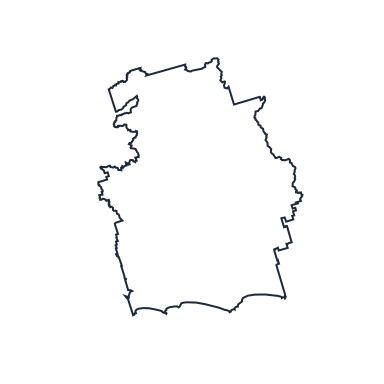 outline of Port Macquarie-Hastings, New South Wales, Australia, rotated 64°
{"feature_id": "25037944B90970778714828", "entity_name": "Port Macquarie-Hastings", "entity_type": "district", "adm_level": 2, "iso_a3": "AUS", "parent_name": "Australia", "parent_adm1": "New South Wales", "projection": "mercator", "projection_center": [152.45, -31.421], "detail": "fine", "context": "isolated", "style": "outline", "palette": "slate", "viewbox_px": 384, "rotation_deg": 64, "n_neighbors": 0, "source": "geoboundaries", "source_scale": "gbopen_adm2", "svg_char_len": 5988}
<svg xmlns="http://www.w3.org/2000/svg" viewBox="0 0 384 384"><g transform="rotate(64 192 192)"><path d="M141.6,86.0L140.3,86.1L139.5,85.2L138.2,85.1L137.8,85.8L139.8,88.6L139.6,90.0L136.8,89.3L136.7,89.7L136.1,89.7L131.8,115.9L113.4,113.0L114.3,115.2L112.5,117.0L109.9,116.4L109.0,115.1L107.3,114.0L106.9,114.3L106.7,116.7L104.1,117.6L102.3,115.6L100.9,115.6L100.0,114.0L98.8,114.1L97.1,112.6L90.9,114.7L89.8,114.2L88.5,111.6L86.8,111.6L86.4,110.9L85.4,111.0L84.5,110.1L82.9,110.7L81.4,114.2L81.8,116.5L83.1,116.9L83.5,118.1L83.1,120.2L83.4,121.5L82.4,122.4L82.2,123.1L83.1,124.4L85.5,125.3L85.2,127.1L85.6,128.8L83.0,138.7L83.2,140.2L81.6,142.6L79.9,143.4L79.0,144.5L77.8,142.6L77.1,142.5L76.3,143.2L74.5,142.2L67.3,182.0L66.9,181.4L67.0,180.7L66.5,180.3L65.2,181.7L63.7,181.5L61.7,183.7L61.0,183.9L60.6,184.9L59.9,184.5L59.6,185.3L58.7,185.7L58.3,185.5L58.4,184.3L57.9,183.9L57.2,187.6L56.1,194.6L56.9,195.1L56.9,195.9L57.3,196.1L57.0,197.9L58.1,199.3L58.6,198.7L60.2,200.3L60.6,200.0L61.3,200.9L62.4,201.1L63.1,201.8L63.8,204.0L63.2,205.2L62.5,204.9L61.5,206.0L61.9,207.1L61.3,207.4L61.8,209.4L61.1,210.0L62.2,210.6L61.7,212.3L62.8,213.6L62.0,214.1L62.5,214.8L62.1,216.0L63.6,217.9L62.5,219.1L63.1,220.1L63.2,221.8L86.5,225.2L86.8,224.0L86.3,221.7L87.0,219.3L86.4,217.2L85.4,216.1L85.1,213.2L83.5,212.1L83.5,210.3L82.5,208.2L82.7,204.5L81.5,199.4L82.4,199.5L83.6,200.3L85.5,199.9L86.5,200.4L87.4,202.1L88.8,202.5L89.1,203.3L90.3,204.1L89.8,208.8L90.4,210.4L91.2,211.2L93.6,211.9L93.4,214.7L92.2,215.8L92.1,217.9L91.6,218.3L91.9,220.9L91.4,221.4L91.9,222.1L91.2,223.3L91.2,225.1L90.7,226.0L91.5,226.3L92.0,227.3L94.5,228.7L94.4,229.7L95.6,230.4L95.3,231.1L96.7,232.6L97.5,232.4L98.8,233.2L100.1,232.5L100.1,231.9L101.1,230.9L100.8,229.8L100.1,229.5L100.3,228.9L100.9,228.9L100.7,228.4L101.4,226.8L102.2,225.8L102.0,224.4L101.3,224.2L102.0,224.1L101.6,223.4L102.4,221.8L103.0,221.5L104.1,222.3L106.0,222.6L107.9,221.9L108.4,222.3L108.9,220.9L109.4,220.9L109.3,220.3L109.8,220.3L109.8,220.9L110.6,220.7L112.2,218.6L113.1,216.3L112.5,215.6L113.5,214.8L114.5,215.6L115.2,215.5L115.8,216.4L116.6,216.5L117.7,218.7L118.3,218.9L118.0,220.3L118.3,221.7L119.2,221.7L121.3,225.3L120.6,226.6L121.3,227.7L122.5,226.6L123.4,226.5L123.7,225.9L124.6,226.5L125.1,227.7L125.8,227.7L128.6,223.8L131.8,223.9L133.2,223.5L135.6,223.8L137.2,224.7L136.4,225.6L136.8,226.7L136.3,227.9L139.6,228.0L139.3,229.2L140.3,229.9L138.6,231.3L137.6,231.1L136.3,233.1L136.3,233.7L138.2,235.7L139.3,235.9L138.7,236.5L139.6,237.1L139.1,237.7L138.0,237.6L136.6,238.5L139.5,239.4L139.1,240.4L139.5,242.3L138.3,243.2L139.8,243.8L138.9,244.5L139.1,245.1L141.5,245.9L139.9,248.5L137.6,248.3L136.8,249.8L135.3,250.2L135.6,251.9L133.8,254.3L132.6,254.1L132.1,254.7L132.1,258.3L130.4,261.0L130.7,262.3L129.6,262.3L129.4,262.7L129.7,263.6L130.4,263.6L131.1,263.5L131.4,262.6L132.5,262.7L133.8,261.8L136.8,262.2L137.4,259.2L141.3,259.8L140.9,262.4L143.6,262.9L142.4,270.4L141.9,271.5L142.6,272.2L144.3,272.8L144.8,272.3L145.3,272.8L145.8,272.2L147.9,271.5L149.5,272.1L151.3,271.6L152.5,272.1L152.3,273.2L155.1,273.6L154.2,276.8L156.2,276.9L156.8,277.7L157.3,277.4L158.8,277.9L159.3,276.7L158.9,275.4L159.1,274.7L161.2,272.9L162.3,272.9L162.6,270.2L164.6,270.5L164.5,271.2L166.7,271.6L166.5,272.3L168.3,272.6L168.4,272.0L169.8,272.2L170.0,270.8L171.6,269.9L173.3,270.9L174.6,270.6L175.1,269.1L175.9,268.2L178.6,269.0L180.3,267.7L183.5,268.3L187.2,267.1L186.2,273.8L186.8,275.4L197.3,276.9L197.0,279.0L199.2,279.3L200.2,279.8L200.2,280.1L203.5,280.2L203.2,282.0L206.4,282.7L206.3,283.9L209.3,284.2L209.2,285.2L214.7,286.0L214.5,287.4L216.3,287.6L216.4,286.5L218.3,286.8L218.3,286.4L224.5,287.0L227.7,287.5L227.6,288.1L237.6,289.6L240.0,290.4L241.1,289.4L241.6,289.7L241.7,290.6L252.2,292.4L253.5,290.1L254.7,289.3L254.6,290.3L255.3,292.1L257.6,294.3L259.0,295.0L256.3,297.6L259.4,296.9L259.8,296.4L276.8,298.9L276.5,298.1L277.0,298.0L276.9,297.4L275.4,295.7L275.8,295.4L274.1,295.0L273.4,293.3L273.5,291.0L275.1,286.4L277.7,281.5L283.0,274.5L285.9,271.3L287.5,271.0L288.0,269.8L288.4,270.0L289.0,269.1L290.2,268.6L289.8,268.1L288.0,268.8L286.8,267.8L286.8,266.8L285.8,266.2L285.6,264.3L285.8,262.3L287.3,257.7L288.2,255.6L289.8,254.7L289.7,253.5L287.4,250.4L287.7,248.1L289.0,244.7L293.3,236.6L298.4,229.6L307.6,218.7L312.4,214.1L312.9,213.2L315.1,211.0L316.5,210.9L316.5,209.5L315.8,208.9L315.4,207.8L315.8,205.3L316.2,205.1L315.1,204.6L314.5,202.7L315.1,201.0L314.2,200.7L313.2,199.5L312.3,194.9L311.0,194.5L309.6,192.7L309.7,187.2L311.8,180.4L316.4,170.8L323.0,160.4L325.4,157.6L326.0,157.2L326.6,157.5L326.6,156.2L327.2,154.8L327.8,154.9L327.5,154.5L327.9,154.4L326.9,153.5L325.9,154.0L325.0,153.3L294.6,148.2L294.3,146.5L294.6,145.3L291.0,144.7L291.3,145.4L291.0,145.4L279.9,143.6L279.7,143.2L280.4,143.0L279.8,141.8L279.7,139.2L282.6,139.7L284.2,130.5L280.1,129.8L280.7,128.9L280.3,127.5L280.9,124.5L264.5,121.6L264.4,122.6L263.8,122.5L263.6,123.8L264.2,123.9L264.1,124.7L254.8,123.2L255.5,119.9L259.9,120.3L261.1,113.0L257.4,112.4L257.8,110.4L253.6,109.7L254.1,106.6L251.5,106.1L251.0,108.8L247.5,108.2L248.6,102.2L247.0,102.9L247.8,98.0L245.7,98.0L243.8,94.5L242.9,94.0L242.5,94.8L240.2,94.3L240.0,95.5L239.4,95.8L239.5,97.1L238.6,97.4L238.0,98.7L237.3,98.5L236.5,97.1L234.8,97.9L233.2,97.2L230.8,99.1L228.1,97.4L227.2,95.3L225.6,93.5L224.5,93.7L223.4,92.5L222.0,92.2L220.4,92.6L218.8,90.7L217.8,90.5L216.0,88.6L214.9,88.4L212.8,89.9L209.4,89.9L208.4,91.1L206.3,90.0L204.7,90.4L204.3,94.6L203.2,95.9L203.0,96.9L201.4,97.7L200.6,96.9L198.6,98.2L198.5,101.0L198.1,102.0L193.8,102.5L192.2,103.4L190.5,103.6L188.2,102.0L185.5,102.7L183.7,103.8L180.8,102.5L177.6,103.1L175.2,100.8L174.2,100.8L173.2,99.5L171.5,100.9L170.5,100.6L169.2,101.2L166.3,100.4L164.1,101.9L162.4,101.4L160.5,102.8L158.5,102.0L157.4,102.6L156.1,102.5L154.7,103.3L153.4,102.6L152.6,103.3L151.3,102.6L150.7,101.4L147.5,99.6L148.2,97.2L146.7,94.2L147.2,92.8L144.5,89.9L143.6,89.5L143.2,87.8L141.6,86.0Z" fill="none" stroke="#1e293b" stroke-width="2"/></g></svg>